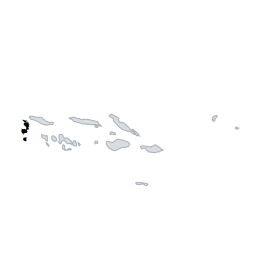 Shortland Islands, Western, Solomon Islands shown in context, rotated 330°
{"feature_id": "97153195B13226737525008", "entity_name": "Shortland Islands", "entity_type": "district", "adm_level": 2, "iso_a3": "SLB", "parent_name": "Solomon Islands", "parent_adm1": "Western", "projection": "equal_earth", "projection_center": [155.884, -7.049], "detail": "fine", "context": "in_parent", "style": "filled", "palette": "ink", "viewbox_px": 256, "rotation_deg": 330, "n_neighbors": 0, "source": "geoboundaries", "source_scale": "gbopen_adm2", "svg_char_len": 6849}
<svg xmlns="http://www.w3.org/2000/svg" viewBox="0 0 256 256"><g transform="rotate(330 128 128)"><path d="M103.6,129.3L107.3,132.9L108.9,132.6L113.7,132.7L116.6,135.3L118.3,136.5L119.2,138.8L120.4,139.3L121.1,140.5L121.5,142.7L119.7,143.8L118.6,144.2L115.8,143.4L113.1,141.7L107.8,141.5L105.3,141.1L104.4,140.4L103.6,139.6L102.4,137.6L101.4,135.2L101.2,133.8L101.2,131.1L101.5,130.2L102.5,129.2L103.6,129.3ZM120.5,107.5L124.7,114.3L124.5,115.5L123.9,116.3L123.7,118.5L124.3,119.4L125.4,119.8L127.3,122.2L128.2,126.1L129.0,127.5L129.0,130.3L130.8,134.2L131.0,136.1L130.8,137.0L130.0,136.5L127.8,132.0L125.3,130.1L125.0,129.3L122.5,126.7L120.8,122.3L119.0,114.5L119.9,112.6L117.8,108.9L117.9,107.9L119.4,108.0L119.7,107.6L120.5,107.5ZM105.3,110.9L105.8,113.1L103.6,111.2L101.9,108.8L97.0,106.3L95.9,105.0L95.0,104.9L92.5,102.7L90.1,101.3L88.2,98.7L87.3,98.3L85.7,96.3L84.2,94.9L83.7,92.5L82.2,90.8L81.9,90.0L86.5,91.4L88.7,94.1L90.6,95.6L91.2,96.7L92.9,98.2L94.4,98.3L95.9,99.9L97.2,100.3L98.3,101.1L105.2,107.8L104.4,109.6L105.3,110.9ZM136.5,154.6L138.6,155.9L139.9,155.7L141.7,156.6L143.1,156.1L143.9,157.3L146.1,161.9L146.1,163.4L147.5,164.4L146.3,164.6L144.6,164.1L143.3,164.5L142.0,163.6L139.7,163.1L137.7,162.0L133.5,158.6L133.5,156.9L132.9,156.1L132.7,154.0L131.2,153.3L129.4,153.2L129.3,152.2L129.6,150.4L130.9,150.4L132.5,151.2L136.5,154.6ZM65.5,85.2L66.0,86.0L64.7,87.3L63.0,86.6L62.6,85.4L61.4,85.7L59.0,85.0L55.7,81.8L52.1,75.6L48.7,72.2L48.1,71.2L48.0,69.4L48.5,68.8L50.6,69.5L53.3,72.3L57.8,75.2L59.0,76.7L59.8,80.2L60.5,81.3L62.9,84.0L65.5,85.2ZM70.1,105.9L71.2,107.8L72.4,111.9L72.2,113.3L71.3,113.4L71.1,114.3L69.9,112.3L68.3,111.8L67.2,110.5L66.7,106.5L65.8,106.3L63.2,106.7L62.3,108.0L61.2,107.6L60.9,106.4L61.1,105.2L62.7,104.1L63.0,102.6L64.6,100.0L65.5,99.6L67.4,100.5L67.6,104.1L68.2,105.3L70.1,105.9ZM117.2,186.5L116.0,187.2L114.9,186.9L114.1,186.3L113.5,184.5L112.1,183.4L110.0,183.0L109.0,181.9L107.6,181.5L107.2,180.6L107.3,179.6L107.5,179.1L108.8,179.6L115.1,184.2L117.2,186.5ZM52.0,98.6L51.7,99.0L51.1,97.7L50.7,97.3L50.7,96.0L49.0,93.8L48.9,92.2L49.8,90.7L51.2,91.6L52.5,93.5L54.0,94.1L53.7,95.3L52.3,97.6L52.0,98.6ZM60.5,102.3L59.8,103.2L57.9,103.1L56.6,100.7L56.6,99.0L57.7,97.4L59.0,97.1L59.7,97.7L60.4,99.1L60.6,100.8L60.5,102.3ZM75.9,115.9L74.3,117.7L73.0,117.1L72.1,115.6L72.6,113.2L73.6,112.8L74.1,111.9L75.9,112.6L76.3,113.0L75.3,114.2L75.9,115.1L75.9,115.9ZM210.8,163.0L208.0,163.4L206.9,165.1L205.5,164.9L205.0,163.6L205.0,162.9L205.8,163.0L206.2,161.7L207.0,161.1L208.9,160.8L211.3,161.5L210.7,162.7L210.8,163.0ZM133.8,137.3L133.9,140.6L132.6,138.8L132.0,139.4L131.5,138.6L131.6,134.8L130.8,131.1L131.5,131.5L133.8,137.3ZM63.8,116.6L63.8,116.9L62.9,116.3L60.8,113.2L61.2,112.2L63.1,110.2L63.6,110.0L64.2,111.2L63.7,113.0L63.1,113.5L62.8,115.2L63.8,116.6ZM110.6,123.0L112.1,123.3L114.7,126.3L114.0,127.2L112.8,126.7L112.4,126.9L112.1,125.9L110.7,125.0L109.6,124.9L109.4,123.9L110.6,123.0ZM94.1,125.9L92.1,125.6L91.6,124.8L92.3,123.7L93.1,123.0L93.9,123.6L94.8,123.8L94.9,125.2L94.1,125.9ZM37.7,79.9L36.0,80.4L34.9,79.7L35.4,77.9L36.0,77.0L38.1,78.6L37.7,79.9ZM102.6,111.9L101.8,112.2L100.6,111.4L100.1,110.7L100.3,109.5L101.0,109.0L101.8,109.8L101.9,110.6L102.6,111.9ZM223.9,183.5L222.4,183.8L221.8,183.7L220.8,181.8L221.6,181.4L222.6,181.5L223.0,182.7L223.9,183.5ZM68.1,117.6L68.1,118.4L67.1,118.2L65.0,117.0L64.9,116.4L66.1,116.2L67.0,116.4L68.1,117.6ZM50.7,102.6L50.4,104.9L49.5,102.1L49.7,99.7L50.0,99.5L50.7,102.6ZM78.4,118.5L77.1,119.2L76.7,118.3L77.6,115.8L78.4,118.5Z" fill="#d9dde1" stroke="#a8b0b8" stroke-width="1"/><path d="M38.1,78.7L37.9,78.4L37.8,78.5L37.8,78.3L37.7,78.2L37.6,78.3L37.6,78.1L37.3,78.2L37.0,78.0L36.9,77.8L36.7,77.7L36.4,77.6L36.5,77.6L36.4,77.3L36.1,77.0L36.1,77.3L36.1,77.0L36.0,76.9L35.7,76.7L35.6,76.8L35.8,77.2L35.9,77.3L35.7,77.2L35.3,77.3L35.4,77.6L35.5,77.7L35.5,77.9L35.4,78.0L35.5,78.2L35.4,78.3L35.0,77.9L34.9,78.0L35.1,78.4L35.1,78.5L35.0,78.8L35.1,79.1L34.9,79.0L34.7,79.3L34.7,79.2L34.7,79.3L34.7,79.5L34.8,79.6L35.0,79.5L35.6,80.0L36.1,79.9L36.5,80.2L37.0,80.0L36.9,79.9L37.0,79.9L36.9,79.7L37.0,79.7L37.0,79.9L37.3,79.7L37.5,79.9L37.9,79.7L38.1,79.5L38.0,79.4L37.8,79.5L37.8,79.4L38.1,79.2L38.1,78.7ZM42.8,76.0L42.6,75.8L42.2,75.7L42.1,75.3L41.9,75.4L41.9,75.2L41.9,74.9L41.8,74.5L41.6,74.4L41.4,74.5L41.2,74.3L41.2,73.9L41.2,73.7L41.5,73.5L41.5,73.4L41.8,73.2L42.0,73.1L41.6,73.1L41.2,73.4L41.2,73.5L41.0,73.8L41.0,74.0L40.9,74.1L41.1,74.2L41.0,74.3L41.2,74.5L41.4,74.7L41.5,74.8L41.6,75.0L41.3,75.3L41.2,75.5L41.2,76.0L41.4,76.1L41.4,76.3L41.1,76.7L41.0,76.8L40.8,77.0L40.9,77.4L41.0,77.1L41.1,77.4L41.3,77.3L41.4,77.0L41.3,76.7L41.5,76.7L41.5,76.9L41.5,77.0L41.9,76.9L41.8,76.7L42.1,76.1L42.1,75.8L42.2,75.7L42.2,76.0L42.3,76.0L42.4,75.9L42.5,76.0L42.8,76.1L42.8,76.0ZM34.0,86.0L33.9,86.0L33.8,85.7L33.6,85.5L33.7,85.4L33.2,85.2L32.6,85.2L32.3,85.6L32.1,86.0L32.2,86.5L32.7,86.7L33.1,86.7L33.2,86.8L33.5,86.5L34.0,86.0ZM41.2,72.7L40.9,72.6L40.7,72.5L40.3,72.7L40.2,72.8L40.3,73.5L40.6,73.4L40.8,73.3L40.9,73.1L41.2,72.7ZM37.9,80.3L37.8,80.1L37.7,80.1L37.3,79.7L36.9,80.0L36.9,80.3L37.3,80.4L37.5,80.3L37.8,80.4L37.9,80.3ZM33.5,86.8L33.2,86.9L32.9,87.2L32.7,87.1L32.7,86.9L32.6,87.2L32.9,87.4L33.1,87.1L33.3,87.1L33.5,86.8ZM38.4,80.0L38.4,79.6L38.1,79.6L37.9,80.1L38.0,80.2L38.1,79.9L38.2,80.0L38.4,80.0ZM38.5,80.0L38.5,79.8L38.2,80.1L38.3,80.5L38.5,80.3L38.5,80.0ZM42.8,73.8L42.8,73.3L42.7,73.2L42.5,73.5L42.8,73.5L42.8,73.8ZM40.9,74.9L40.9,74.6L40.6,74.8L40.8,75.1L40.9,74.9L40.9,74.9ZM42.3,70.7L42.0,70.5L41.9,70.3L41.8,70.2L41.9,70.6L42.0,70.5L42.2,70.8L42.2,70.7L42.3,70.7ZM43.0,74.2L42.7,74.4L42.7,74.6L42.6,74.8L42.8,74.7L43.0,74.5L42.9,74.4L43.0,74.2ZM34.6,79.1L34.4,79.0L34.3,79.3L34.4,79.2L34.6,79.1ZM40.5,78.0L40.3,77.9L40.2,78.0L40.5,78.0ZM41.2,77.9L41.2,77.6L41.1,77.9L41.2,77.9ZM37.4,78.0L37.4,77.9L37.2,77.8L37.2,78.0L37.4,78.1L37.4,78.0ZM42.0,74.6L42.0,74.4L41.9,74.7L42.0,74.7L42.0,74.6ZM37.5,78.0L37.5,77.9L37.4,77.9L37.4,78.0L37.5,78.0ZM34.9,79.0L34.7,79.0L34.8,79.0L34.9,79.0ZM34.6,78.4L34.4,78.5L34.5,78.5L34.6,78.4ZM34.0,77.9L33.9,78.0L34.0,77.9ZM38.2,79.3L38.2,79.1L38.1,79.4L38.2,79.3ZM43.4,74.2L43.3,74.3L43.4,74.2ZM40.8,76.7L40.7,76.7L40.8,76.7ZM40.6,77.2L40.5,77.3L40.6,77.2ZM34.9,78.4L34.9,78.2L34.9,78.4ZM43.5,74.3L43.5,74.2L43.4,74.2L43.5,74.3ZM41.3,76.2L41.2,76.1L41.3,76.2ZM40.6,77.4L40.5,77.5L40.6,77.4ZM41.3,75.0L41.2,74.9L41.2,75.0L41.3,75.0ZM37.3,77.6L37.2,77.6L37.3,77.6ZM32.9,86.9L32.7,86.9L32.7,87.0L32.8,87.0L32.9,86.9ZM40.7,77.0L40.7,76.9L40.7,77.0ZM33.1,86.8L33.1,86.7L33.1,86.8L33.1,86.8ZM33.0,87.0L33.0,86.9L32.9,86.9L33.0,87.0ZM34.2,78.0L34.2,77.9L34.2,78.0L34.2,78.0ZM41.0,76.4L40.9,76.4L40.9,76.5L41.0,76.4ZM41.1,78.5L41.1,78.4L41.0,78.5L41.1,78.5ZM35.4,78.0L35.4,77.9L35.3,78.0L35.4,78.0ZM37.5,79.9L37.5,80.0L37.5,79.9ZM37.4,79.8L37.4,79.7L37.4,79.8Z" fill="#0f172a" stroke="#020617" stroke-width="1.5"/></g></svg>